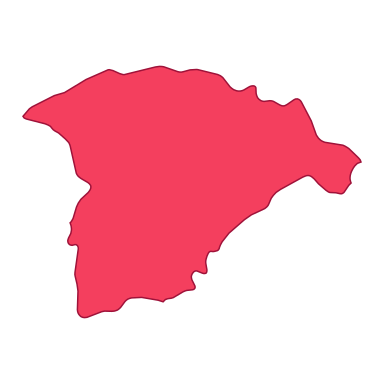 an SVG outline of Ha'il
{"feature_id": "SAU-847", "entity_name": "Ha'il", "entity_type": "Region", "adm_level": 1, "iso_a3": "SAU", "parent_name": "Saudi Arabia", "parent_adm1": "", "projection": "natural_earth1", "projection_center": [41.874, 27.094], "detail": "fine", "context": "isolated", "style": "filled", "palette": "rose", "viewbox_px": 384, "rotation_deg": 0, "n_neighbors": 0, "source": "natural_earth", "source_scale": "10m", "svg_char_len": 3092}
<svg xmlns="http://www.w3.org/2000/svg" viewBox="0 0 384 384"><path d="M341.3,193.8L340.0,193.7L336.0,192.8L330.0,192.5L328.5,192.0L326.0,190.3L318.5,183.8L314.3,179.0L312.1,177.1L310.8,176.2L309.5,175.7L308.2,175.5L306.8,175.6L305.4,176.0L302.6,177.2L280.5,189.4L276.1,192.4L273.3,195.4L271.2,198.3L268.8,203.9L268.0,205.5L266.7,207.0L264.7,208.6L251.4,214.8L244.4,219.7L229.0,233.1L222.2,241.7L220.5,244.8L219.5,247.3L219.1,248.8L218.3,250.0L217.2,250.7L214.4,251.4L213.0,251.6L211.6,251.4L210.3,251.4L209.2,252.0L208.3,253.2L207.0,256.1L206.1,259.1L205.8,260.5L205.7,262.0L205.8,263.4L206.8,269.1L206.9,269.7L206.9,270.8L206.7,272.1L206.0,273.2L204.9,273.5L203.6,273.5L202.2,273.1L197.5,271.2L196.5,270.9L195.3,271.0L193.9,271.7L192.4,273.5L191.7,275.0L191.3,276.7L191.5,278.2L191.9,279.8L194.6,285.3L195.0,286.2L195.1,287.3L194.8,288.4L193.8,289.4L192.4,289.8L186.8,290.4L184.9,291.0L182.7,292.0L173.3,297.6L171.3,298.2L167.8,298.7L165.4,299.5L163.1,301.8L158.1,300.2L141.7,297.4L131.6,297.9L129.9,298.3L127.9,299.1L126.3,300.2L125.0,301.5L120.7,307.3L119.5,308.5L118.4,309.4L117.3,310.1L116.5,310.4L115.3,310.8L114.1,311.1L111.6,311.3L104.6,311.1L101.7,311.7L87.1,317.3L85.7,317.5L84.4,317.6L83.0,317.4L81.8,317.0L80.7,316.4L80.1,315.8L79.1,314.7L78.3,313.5L77.7,311.8L77.4,309.8L78.0,291.1L77.0,284.0L75.2,276.3L74.9,274.6L75.0,272.4L78.3,248.8L78.2,247.3L77.6,245.8L76.3,244.7L75.0,244.6L72.1,245.3L70.8,245.1L69.6,244.6L68.5,243.5L67.9,242.0L67.8,240.3L68.5,238.1L70.6,233.9L70.9,233.1L71.4,230.5L71.5,229.0L71.3,227.2L71.1,225.8L70.1,222.8L70.9,222.1L71.9,220.6L73.1,218.4L76.5,207.0L78.3,203.1L80.9,199.3L88.1,192.6L89.2,191.2L90.1,189.8L90.7,188.4L90.9,186.9L90.6,185.4L89.4,183.8L88.0,182.6L81.0,178.5L78.8,176.8L77.9,175.9L77.0,174.6L76.3,173.2L70.1,145.6L69.5,144.1L68.8,142.6L65.3,138.9L58.5,132.9L55.0,131.0L53.2,129.7L52.0,128.3L51.7,128.0L50.5,126.4L48.3,125.1L45.1,123.8L26.4,119.0L25.0,118.4L24.0,117.8L23.0,116.3L29.4,108.8L30.8,107.8L32.2,106.8L54.3,95.6L64.5,92.6L86.1,79.5L108.1,69.8L109.4,69.7L113.0,70.6L119.7,73.6L123.1,74.6L124.4,74.6L155.3,67.0L159.5,66.4L161.9,66.5L163.8,66.8L177.9,71.7L179.9,72.1L181.5,72.1L182.9,71.8L190.0,69.9L196.3,69.5L197.7,69.6L217.6,74.5L220.3,75.7L221.6,76.6L222.9,77.7L230.0,86.8L231.7,88.3L233.7,89.7L236.6,90.8L238.7,91.1L240.6,91.0L242.3,90.6L244.0,89.9L248.7,87.1L250.3,86.3L252.0,85.9L254.0,85.9L255.2,86.6L255.7,87.3L255.9,87.9L256.1,93.1L256.3,94.1L256.7,95.6L257.6,97.7L259.0,99.3L261.0,100.7L262.6,101.2L264.1,101.4L269.9,100.7L271.9,100.9L273.5,101.4L279.7,104.9L281.9,105.8L283.5,105.9L284.8,105.7L287.1,104.5L293.9,99.8L295.5,99.0L297.5,98.9L299.0,99.5L300.4,100.6L301.4,102.0L311.3,121.0L316.3,135.0L318.3,138.0L319.7,139.4L321.3,140.7L323.3,141.7L324.9,142.3L342.9,145.2L344.9,146.1L347.6,147.7L348.9,148.6L358.6,158.0L360.2,159.9L361.0,162.0L357.6,163.3L357.4,163.4L356.7,164.0L354.8,165.9L353.3,168.0L351.8,170.8L350.9,173.0L350.3,175.2L350.1,176.6L350.0,178.1L350.1,179.6L350.7,182.0L351.1,183.0L348.7,185.4L344.2,192.1L343.5,192.8L342.4,193.5L341.3,193.8Z" fill="#f43f5e" stroke="#9f1239" stroke-width="1.5"/></svg>